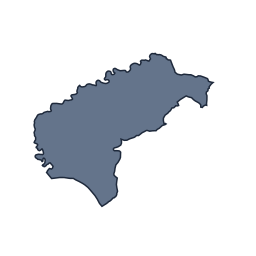 outline of Socol, Caras-Severin, Romania, rotated 335°
{"feature_id": "2599482B21362983579881", "entity_name": "Socol", "entity_type": "district", "adm_level": 2, "iso_a3": "ROU", "parent_name": "Romania", "parent_adm1": "Caras-Severin", "projection": "equal_earth", "projection_center": [21.423, 44.831], "detail": "fine", "context": "isolated", "style": "filled", "palette": "slate", "viewbox_px": 256, "rotation_deg": 335, "n_neighbors": 0, "source": "geoboundaries", "source_scale": "gbopen_adm2", "svg_char_len": 5654}
<svg xmlns="http://www.w3.org/2000/svg" viewBox="0 0 256 256"><g transform="rotate(335 128 128)"><path d="M224.3,122.7L223.3,122.0L222.4,121.3L221.5,120.5L220.7,119.6L221.0,117.4L220.7,116.6L218.3,114.0L215.7,111.5L213.7,110.4L212.2,110.7L210.5,110.1L209.2,108.2L207.6,106.4L205.6,105.4L201.5,102.9L198.7,102.5L195.5,100.1L194.2,97.4L194.7,94.7L194.7,91.6L194.9,88.5L195.2,84.5L194.7,84.0L193.9,83.7L193.4,83.4L193.0,83.0L192.9,82.4L192.0,81.3L192.2,80.7L192.4,80.0L192.1,79.5L191.3,78.9L190.0,77.6L189.6,76.8L188.7,75.6L187.3,74.6L186.8,74.5L186.4,74.4L185.8,73.9L185.3,73.8L185.0,73.6L184.4,72.6L184.4,72.1L183.9,71.8L183.5,72.0L181.3,70.7L180.0,70.8L178.6,71.4L177.7,72.5L177.6,74.9L175.6,75.9L175.3,76.2L174.7,75.9L174.5,75.7L174.3,75.3L172.7,73.8L172.3,73.6L171.4,73.6L170.2,72.8L168.9,72.3L167.6,72.7L167.5,72.8L167.4,73.3L167.6,74.0L166.1,75.6L165.5,75.8L165.1,75.8L165.0,75.7L164.8,75.6L163.7,74.0L163.1,73.3L161.7,72.3L160.9,72.0L160.3,71.9L158.8,71.9L157.5,72.2L157.0,72.4L156.5,72.7L156.2,73.1L155.9,73.3L155.7,73.8L155.6,74.6L155.5,75.1L154.7,76.3L153.3,76.9L152.4,77.2L151.7,77.2L150.8,77.0L150.5,76.8L150.3,76.5L150.1,76.2L150.1,75.9L150.0,75.1L150.0,74.9L149.3,74.4L148.7,74.1L145.9,73.1L145.0,72.7L142.9,70.5L141.9,68.9L141.7,68.7L141.0,68.3L140.4,68.3L139.7,68.4L139.3,68.8L138.9,69.4L138.7,70.1L138.6,71.1L138.8,71.5L139.3,72.2L139.3,72.6L139.2,72.8L138.6,73.2L138.0,73.4L137.2,73.3L136.5,73.1L135.9,72.6L135.8,72.4L135.8,72.2L135.8,71.6L136.0,70.9L136.1,70.1L135.9,69.4L135.7,69.1L134.7,68.3L133.9,68.0L133.5,68.0L132.6,68.2L131.6,68.7L130.7,69.7L130.0,71.2L129.5,72.1L128.9,72.5L127.8,73.1L127.5,73.3L127.3,73.6L127.3,74.2L127.7,74.9L127.9,75.1L128.9,75.1L130.2,75.8L130.4,76.0L130.7,76.6L130.8,77.1L130.8,77.5L130.6,77.9L130.4,78.1L130.2,78.3L129.3,78.5L128.2,78.6L127.1,78.4L126.5,78.2L125.0,77.2L123.1,75.4L122.8,75.0L122.6,74.3L122.4,73.6L122.2,73.1L121.5,72.4L121.1,72.1L120.5,72.0L119.6,72.2L119.1,72.4L118.5,72.9L118.1,73.6L117.5,75.7L117.3,76.0L117.0,76.1L116.4,75.7L115.0,74.5L114.0,73.9L112.8,72.6L111.8,71.8L111.0,71.5L110.5,71.3L109.2,71.2L108.5,71.4L107.9,71.8L107.1,72.1L106.3,72.1L105.7,72.0L104.0,71.5L103.1,71.0L102.5,70.2L102.3,69.6L102.3,69.0L102.2,68.9L101.0,69.3L99.8,69.9L99.6,70.1L99.2,70.9L97.9,72.2L97.3,73.0L97.1,73.7L97.1,74.5L96.7,74.8L95.6,75.2L94.8,75.2L94.1,75.1L91.4,74.3L90.6,74.3L90.1,74.6L89.9,74.8L89.8,75.2L90.0,76.4L90.0,78.3L89.9,78.4L89.2,78.6L88.7,78.6L87.2,78.2L85.9,78.0L84.8,77.4L82.9,76.2L82.7,76.1L82.1,76.3L81.7,76.5L79.4,78.2L79.0,78.3L78.1,78.3L77.5,78.0L73.8,75.6L71.2,74.4L70.2,74.0L69.7,73.9L69.3,74.0L68.8,74.4L67.9,74.9L67.3,75.6L66.6,76.7L66.0,77.7L65.8,78.6L65.9,79.7L65.7,80.0L65.4,80.2L64.6,80.2L63.5,79.9L63.1,79.8L62.3,79.0L60.4,78.7L58.5,78.4L58.2,78.5L57.1,78.8L56.1,78.8L55.4,78.7L55.0,78.4L54.7,78.3L53.1,78.0L52.4,78.0L51.7,78.1L51.3,78.3L49.6,79.6L46.9,81.3L45.8,82.6L45.7,82.9L45.6,83.6L45.5,83.9L44.4,85.2L44.1,85.8L43.6,87.7L43.5,88.8L43.6,89.4L43.5,89.7L42.7,90.9L41.8,91.6L41.0,92.4L40.5,94.5L40.1,95.3L40.1,95.9L40.3,97.1L40.3,97.5L39.6,99.0L39.3,99.6L39.1,99.8L38.4,100.1L37.8,100.6L36.9,101.3L36.8,101.5L36.9,101.9L38.1,103.2L38.6,103.7L38.8,104.1L39.1,104.6L39.1,104.8L39.0,105.1L38.6,105.6L37.5,106.2L36.7,106.5L36.5,107.0L37.3,108.2L37.4,108.4L37.1,109.1L37.1,109.6L37.7,110.7L38.0,111.0L38.3,111.2L39.3,111.1L39.9,111.0L40.9,110.6L41.1,110.6L41.3,110.7L41.4,110.9L41.4,111.2L41.3,112.9L40.8,115.2L40.3,115.7L39.8,116.0L39.2,116.0L38.4,115.4L37.0,114.7L36.2,114.1L35.7,113.9L33.5,113.5L33.1,113.5L32.7,113.7L32.0,114.2L31.8,114.7L31.7,115.0L31.7,115.4L32.0,116.4L32.7,117.4L33.0,118.3L34.0,118.9L34.8,119.6L35.5,120.1L35.7,120.3L35.8,120.5L35.9,121.0L35.9,121.8L35.9,122.0L36.1,122.1L36.4,122.2L36.7,122.1L38.1,119.9L38.3,119.7L38.8,119.7L39.0,119.8L39.3,120.1L39.4,120.4L39.5,121.0L39.5,121.5L39.4,122.1L38.8,123.0L38.2,124.1L37.5,124.7L36.7,125.1L35.0,125.4L34.6,125.7L34.7,125.9L34.7,126.4L35.4,126.8L35.6,127.6L36.4,127.8L37.1,127.5L37.9,127.5L38.2,127.1L39.1,126.9L40.6,126.9L41.5,126.5L42.4,126.6L42.9,126.9L42.9,127.5L43.3,128.6L43.9,131.0L42.5,132.6L41.2,132.8L39.9,131.6L39.6,131.5L37.0,132.7L36.4,133.3L35.4,133.9L37.4,141.5L45.2,144.0L49.2,145.9L53.9,149.0L57.2,150.6L58.7,152.9L61.1,155.8L63.5,159.1L64.8,161.2L66.6,164.9L67.4,167.5L69.5,175.3L70.1,179.6L70.3,184.3L71.3,188.0L76.8,187.3L77.5,187.1L78.0,187.1L78.3,187.0L78.4,186.8L79.2,186.6L79.9,186.5L80.4,186.7L81.1,186.4L82.2,186.2L84.7,185.2L85.5,185.2L85.9,185.4L86.7,185.1L87.7,185.0L88.9,184.3L89.7,183.5L90.1,182.6L91.8,180.9L92.6,177.6L93.6,174.3L95.3,171.5L97.1,168.8L96.2,167.0L95.4,165.1L95.7,163.6L97.5,161.7L99.3,158.9L101.4,156.3L104.4,154.9L107.4,152.8L108.7,151.5L111.1,146.8L110.6,145.3L109.5,144.5L108.4,143.9L106.0,142.8L105.6,141.6L106.0,140.7L107.2,140.2L108.9,140.6L110.6,140.8L111.5,140.8L114.2,140.4L115.7,139.0L116.5,137.2L117.0,135.2L119.4,137.6L121.9,138.6L125.0,138.5L129.6,139.1L131.1,138.9L132.5,138.4L134.4,139.3L139.1,138.2L141.3,138.2L143.6,138.0L144.6,138.5L146.2,140.0L149.3,141.0L152.3,142.3L153.9,141.6L156.0,141.5L160.3,140.2L162.9,140.6L164.2,140.4L163.8,139.7L162.5,139.1L163.2,136.2L164.3,134.0L167.1,132.0L170.3,131.4L172.0,130.6L173.7,130.2L176.4,128.4L178.0,129.0L179.4,128.6L180.7,128.0L181.9,128.8L183.4,129.0L183.6,127.7L183.6,125.3L187.6,124.3L193.4,123.6L194.4,123.6L195.3,124.7L196.2,125.6L197.3,126.5L198.4,127.3L199.4,130.1L200.4,131.9L202.7,135.0L203.7,137.5L202.8,139.9L204.1,140.8L205.6,140.0L207.9,139.9L208.9,140.7L209.4,139.2L211.3,136.0L212.9,132.7L213.2,132.0L213.3,130.0L214.2,128.6L216.2,128.0L217.0,126.5L218.5,126.2L218.9,125.0L220.2,124.3L221.9,123.4L224.3,122.7Z" fill="#64748b" stroke="#1e293b" stroke-width="1.5"/></g></svg>